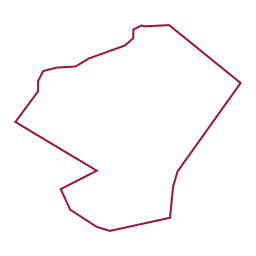 the Municipality of Vransko
{"feature_id": "SVN-241", "entity_name": "Vransko", "entity_type": "Municipality", "adm_level": 1, "iso_a3": "SVN", "parent_name": "Slovenia", "parent_adm1": "", "projection": "robinson", "projection_center": [14.936, 46.238], "detail": "fine", "context": "isolated", "style": "outline", "palette": "rose", "viewbox_px": 256, "rotation_deg": 0, "n_neighbors": 0, "source": "natural_earth", "source_scale": "10m", "svg_char_len": 378}
<svg xmlns="http://www.w3.org/2000/svg" viewBox="0 0 256 256"><path d="M60.7,189.1L96.7,170.7L15.4,122.0L38.1,91.3L38.1,81.0L43.1,71.1L56.5,67.6L75.5,66.5L88.9,58.4L124.9,45.5L133.3,38.1L133.3,29.5L141.4,25.5L145.4,26.3L169.1,25.1L240.6,83.0L177.5,171.5L173.1,186.6L170.0,217.7L109.9,230.9L96.7,226.9L70.2,209.7L60.7,189.1Z" fill="none" stroke="#9f1239" stroke-width="2"/></svg>